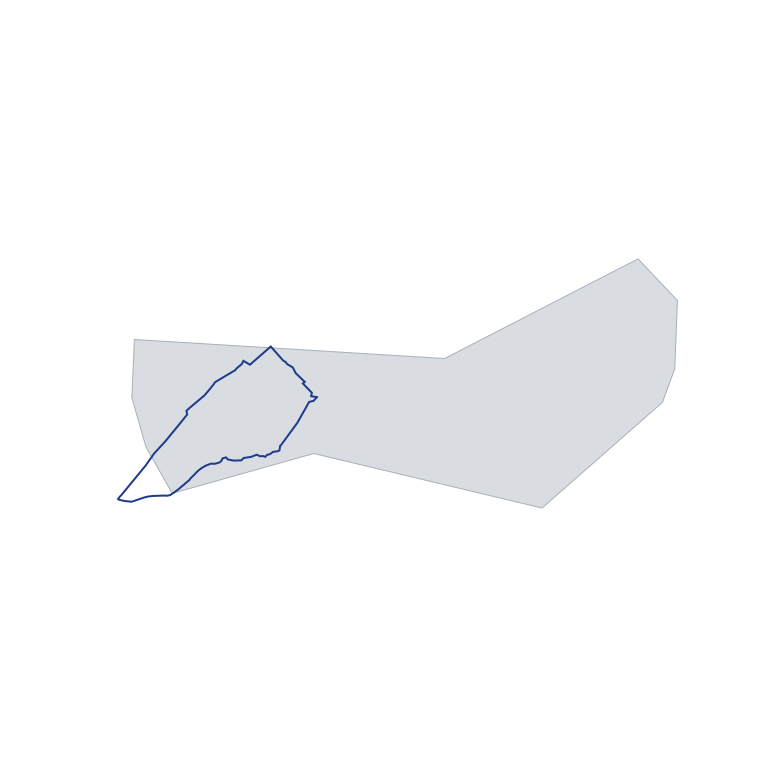 Dededo, Guam shown in context, rotated 229°
{"feature_id": "77769853B76375240183470", "entity_name": "Dededo", "entity_type": "district", "adm_level": 2, "iso_a3": "GUM", "parent_name": "Guam", "parent_adm1": "", "projection": "albers", "projection_center": [144.841, 13.576], "detail": "fine", "context": "in_parent", "style": "outline", "palette": "blue", "viewbox_px": 768, "rotation_deg": 229, "n_neighbors": 0, "source": "geoboundaries", "source_scale": "gbopen_adm2", "svg_char_len": 1524}
<svg xmlns="http://www.w3.org/2000/svg" viewBox="0 0 768 768"><g transform="rotate(229 384 384)"><path d="M311.8,657.8L254.5,660.2L204.8,613.5L187.5,582.3L186.7,421.9L377.7,285.3L440.4,152.4L492.8,163.1L539.2,184.8L581.3,224.8L363.5,446.4L311.8,657.8Z" fill="#d9dde1" stroke="#a8b0b8" stroke-width="1"/><path d="M437.6,325.6L447.9,324.7L450.0,324.5L456.5,326.0L462.7,323.9L464.2,324.1L464.8,324.3L467.8,323.3L486.6,323.1L486.5,295.5L493.7,293.1L492.3,289.5L492.5,284.0L492.1,280.4L494.5,267.4L496.0,258.8L496.1,257.0L495.5,255.2L495.4,254.5L493.9,245.8L493.2,241.1L493.2,239.7L493.3,233.5L493.5,222.4L493.4,217.4L490.1,215.4L487.9,203.2L484.1,180.7L482.4,165.1L478.8,150.4L472.5,113.1L472.3,110.6L471.6,107.8L470.0,108.4L465.6,111.7L465.3,112.0L465.1,112.2L460.7,116.3L455.7,128.5L453.8,132.2L451.1,136.2L443.7,145.3L442.0,146.9L440.4,149.9L439.4,159.2L439.4,162.8L439.3,167.6L439.3,170.4L439.2,173.7L439.7,176.1L439.9,179.7L440.5,186.1L440.5,186.6L440.2,191.2L439.4,195.7L437.5,201.0L434.7,204.1L432.7,208.4L432.7,211.1L433.8,213.3L432.3,216.6L429.6,216.6L424.8,220.3L422.6,223.0L420.0,226.2L420.2,229.6L417.0,234.6L416.3,235.7L414.1,241.6L410.8,243.1L409.0,245.4L407.0,246.5L407.1,248.4L407.2,249.3L406.1,251.4L405.9,251.8L405.6,255.7L402.8,260.0L402.6,261.7L405.5,265.1L405.4,265.9L411.6,293.3L413.6,298.9L415.0,302.7L415.0,302.8L417.4,309.7L417.5,309.8L419.6,315.6L418.3,318.3L417.5,319.6L418.0,324.5L418.1,324.8L422.6,321.0L424.7,323.8L437.6,323.1L437.6,325.6Z" fill="none" stroke="#1e3a8a" stroke-width="2"/></g></svg>